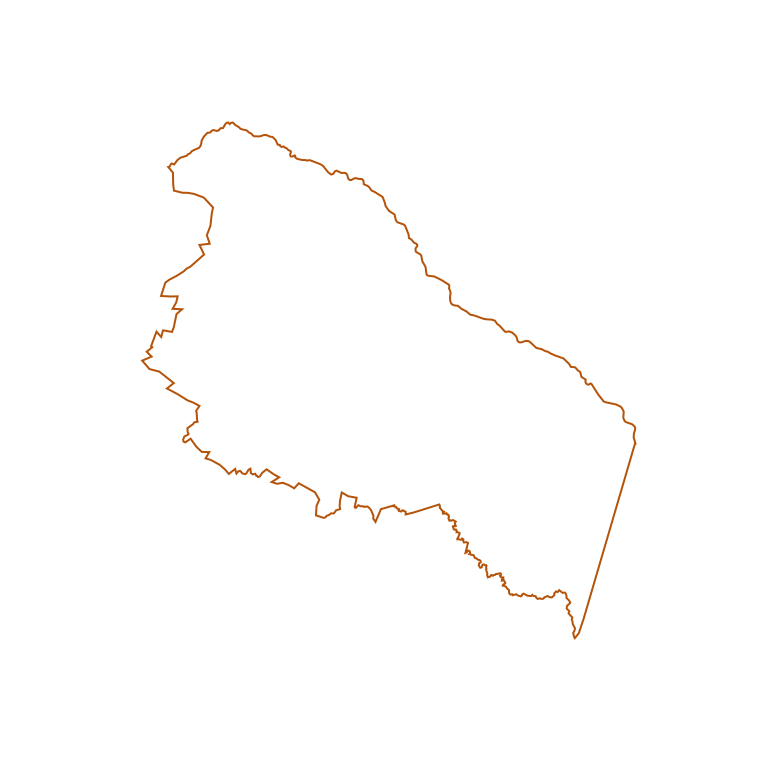 Vhembe, Limpopo, South Africa (Albers equal-area conic projection), rotated 33°
{"feature_id": "47623444B95982048670815", "entity_name": "Vhembe", "entity_type": "district", "adm_level": 2, "iso_a3": "ZAF", "parent_name": "South Africa", "parent_adm1": "Limpopo", "projection": "albers", "projection_center": [30.242, -22.781], "detail": "fine", "context": "isolated", "style": "outline", "palette": "amber", "viewbox_px": 768, "rotation_deg": 33, "n_neighbors": 0, "source": "geoboundaries", "source_scale": "gbopen_adm2", "svg_char_len": 6148}
<svg xmlns="http://www.w3.org/2000/svg" viewBox="0 0 768 768"><g transform="rotate(33 384 384)"><path d="M341.1,519.8L346.9,519.3L343.2,527.4L348.7,525.9L353.0,521.9L359.2,520.7L365.5,520.4L366.6,513.7L385.1,512.4L392.8,516.3L393.8,522.9L398.5,531.2L406.2,529.2L407.5,527.9L407.7,525.9L409.2,523.8L410.0,521.4L412.5,519.8L412.6,516.1L415.3,512.8L413.2,510.4L410.7,505.9L407.7,498.0L415.2,497.6L423.0,494.3L426.4,503.2L427.3,503.5L427.9,503.1L428.5,499.6L431.0,499.3L433.2,497.8L434.1,498.0L436.7,495.8L438.8,495.9L441.8,496.8L446.7,500.1L448.3,502.7L452.0,504.3L449.6,490.6L458.7,480.1L459.4,480.8L459.3,481.1L461.2,480.5L462.2,481.3L464.8,480.7L464.9,482.1L465.9,482.3L468.0,481.5L468.2,479.9L469.6,479.7L469.8,479.4L471.9,479.5L473.2,481.6L478.8,475.7L495.9,455.0L497.2,455.6L498.2,457.4L502.0,458.6L503.6,458.4L503.3,459.5L503.9,460.6L504.9,460.1L505.1,459.5L506.7,459.0L506.8,458.4L508.4,459.0L509.2,458.6L509.6,459.2L510.7,459.6L511.2,461.5L513.3,463.0L514.0,462.1L514.9,462.0L515.8,460.6L519.1,460.3L519.2,462.2L521.5,464.0L520.9,464.7L520.2,464.6L519.3,466.0L521.7,467.8L522.8,467.7L523.4,466.9L524.7,467.3L525.6,468.8L526.1,468.3L528.5,467.8L528.9,468.2L529.8,472.5L529.7,473.8L530.1,474.3L530.8,473.6L532.8,473.1L533.7,472.2L533.5,471.3L534.1,471.0L535.4,471.3L535.7,472.4L537.4,473.4L539.0,471.9L541.0,471.5L544.3,481.3L545.0,480.4L545.0,478.0L545.5,477.7L547.0,477.6L547.5,478.0L548.2,479.0L548.1,480.0L548.9,479.5L549.7,479.9L552.4,478.8L555.0,480.4L556.4,479.9L558.1,480.2L560.1,479.6L561.4,479.8L562.2,480.9L561.4,482.5L562.3,484.5L564.8,485.7L565.8,484.6L565.0,481.8L566.3,480.8L567.3,481.0L568.4,480.3L569.0,480.6L569.6,482.4L570.7,483.3L570.8,484.3L573.6,486.3L575.0,488.7L576.0,488.9L576.4,489.5L578.0,487.6L577.8,486.1L578.3,485.6L579.8,485.5L580.0,484.6L580.9,483.9L581.4,482.2L582.6,481.6L583.8,480.0L585.1,479.3L586.1,480.5L585.7,481.6L586.4,482.1L587.5,482.3L589.3,481.3L589.5,482.3L590.2,482.5L589.4,483.7L589.9,484.7L590.6,483.9L591.9,483.7L593.2,484.1L594.2,484.9L594.3,485.3L593.2,487.3L593.4,488.4L596.5,487.5L598.8,488.5L601.1,488.8L602.8,491.2L604.1,491.7L605.1,491.5L606.1,490.5L607.0,491.0L609.5,488.3L611.8,488.4L614.4,487.6L614.9,486.6L614.5,485.4L615.2,483.8L619.6,483.4L622.8,481.8L623.3,480.0L624.7,480.4L626.7,479.4L627.7,480.1L629.9,480.6L631.3,478.9L632.2,478.9L633.6,478.1L634.6,477.2L634.7,475.6L636.6,472.8L638.9,472.6L641.0,471.6L641.9,468.3L640.8,467.0L641.3,464.3L642.9,464.0L643.2,461.5L647.5,461.9L649.3,460.4L650.7,460.9L652.4,462.2L653.5,464.0L656.9,464.7L659.2,465.8L659.3,466.6L658.3,470.5L659.6,472.9L663.2,473.6L663.6,475.7L664.1,476.0L669.1,477.2L669.8,479.4L670.9,480.0L673.3,482.7L677.2,484.8L678.1,487.0L678.3,489.9L681.4,492.7L682.5,493.2L683.1,486.8L679.2,471.9L627.0,297.4L627.4,297.1L622.4,292.7L620.5,289.3L619.5,285.6L618.4,283.8L617.1,283.1L614.0,282.6L607.6,284.2L605.8,283.9L603.1,282.0L600.1,276.6L597.1,274.8L594.7,274.1L589.6,274.8L579.8,278.6L577.7,279.0L569.1,276.0L557.8,270.9L556.8,271.2L556.2,272.8L555.6,273.4L553.5,273.6L551.8,272.6L550.8,270.5L545.7,270.5L542.1,267.1L539.2,267.0L535.3,265.9L531.3,267.9L528.5,266.4L520.7,264.8L511.8,266.9L506.9,267.7L503.8,267.7L501.4,268.6L497.3,268.9L492.1,270.8L483.3,269.2L481.9,269.3L479.5,270.5L476.4,274.4L474.7,275.4L472.8,275.2L469.2,272.2L466.4,271.4L463.3,271.1L460.2,271.8L458.0,273.8L456.9,274.2L448.9,272.1L446.3,272.0L442.6,270.5L439.6,271.2L434.2,274.2L431.6,275.2L422.3,277.4L418.5,278.9L413.7,278.2L408.0,278.8L403.6,278.1L400.3,279.7L397.7,280.2L396.0,279.6L394.0,277.9L392.3,275.6L390.3,271.5L388.6,269.7L386.5,268.5L385.5,266.4L384.4,265.4L375.8,265.5L367.7,266.4L362.2,269.1L360.7,269.2L359.7,268.6L355.1,263.2L349.3,260.2L345.3,256.0L343.6,255.5L339.3,255.8L338.0,255.2L336.6,253.0L336.7,250.3L336.2,249.2L334.7,248.8L332.1,249.1L328.1,247.9L325.4,248.0L323.3,245.3L315.4,239.7L313.2,239.6L307.4,241.0L306.1,240.8L304.6,240.0L300.5,236.1L294.0,236.1L288.2,233.8L286.5,231.9L281.0,227.9L271.6,228.0L268.1,228.5L264.4,227.0L262.6,226.8L258.2,227.4L256.0,224.7L254.6,224.1L253.8,224.2L251.0,225.8L248.2,226.7L246.8,228.1L245.5,230.7L244.1,231.6L242.2,231.3L239.2,228.6L237.3,228.0L236.1,228.3L233.3,230.2L228.1,230.9L227.0,232.3L227.1,235.2L225.6,237.1L221.7,236.8L214.2,234.3L211.1,234.3L200.5,236.5L198.9,237.3L198.0,238.5L196.5,238.8L193.4,240.7L188.3,242.5L186.0,242.2L185.3,241.1L184.6,240.9L183.2,243.2L181.8,243.9L180.3,242.8L179.6,240.1L178.8,239.5L176.2,239.9L174.0,239.3L172.1,239.8L170.5,239.4L169.0,241.0L167.6,241.1L166.4,240.2L164.6,241.2L160.2,238.4L155.8,237.5L154.1,238.5L149.4,239.4L147.1,241.2L145.8,243.1L143.9,244.7L140.5,246.8L138.8,247.0L136.5,246.3L133.9,246.6L130.8,246.1L124.8,248.2L122.6,247.6L117.5,247.8L116.7,247.3L114.8,247.1L113.4,248.3L113.0,250.1L110.9,249.6L109.8,250.5L109.4,252.5L109.6,257.1L107.6,258.5L107.2,261.5L105.8,262.9L102.5,264.0L101.5,265.5L101.2,267.8L99.1,269.5L98.2,274.7L98.5,279.2L99.7,281.7L100.4,284.3L100.3,286.5L96.1,293.1L95.8,295.9L94.3,298.5L94.3,299.9L90.0,305.1L88.8,308.7L88.4,314.2L85.8,314.7L85.5,316.0L85.8,318.6L84.9,319.5L91.9,321.7L98.4,331.3L102.5,336.2L110.3,333.6L115.8,330.3L121.0,328.1L131.3,325.8L144.5,329.1L146.7,334.8L152.3,345.9L154.4,355.7L161.4,361.3L153.5,367.9L162.6,373.4L157.7,391.0L155.5,395.0L154.7,398.6L151.2,406.2L147.2,413.4L145.4,418.0L149.1,431.6L157.1,427.0L163.2,422.9L165.3,428.7L165.8,436.1L173.9,431.3L171.9,438.4L176.9,451.1L177.8,455.8L169.4,459.4L171.6,465.9L164.7,464.0L168.1,479.2L169.6,479.3L167.4,486.2L174.2,487.6L168.5,496.1L179.2,499.2L188.7,496.0L207.2,497.7L204.4,506.0L216.9,504.9L228.2,504.7L234.1,503.5L241.2,502.9L241.1,508.9L242.6,510.2L246.9,516.1L248.2,517.2L245.7,519.5L245.8,521.4L243.2,528.2L245.4,531.1L247.3,532.3L247.1,533.7L245.6,535.8L245.2,537.1L245.8,540.0L247.2,541.5L249.1,541.2L251.6,535.2L260.8,538.8L268.2,540.2L274.5,536.3L274.9,543.5L280.2,542.0L290.1,541.3L297.0,542.2L302.9,543.9L305.4,536.3L309.0,539.4L309.4,536.7L310.3,535.4L310.9,535.2L313.8,536.1L316.6,535.3L317.2,534.0L317.1,529.7L318.1,527.8L321.0,531.3L323.2,531.3L324.9,529.4L326.9,530.5L327.3,530.1L329.0,530.6L330.2,529.3L330.3,524.6L332.0,519.5L341.1,519.8Z" fill="none" stroke="#b45309" stroke-width="2"/></g></svg>